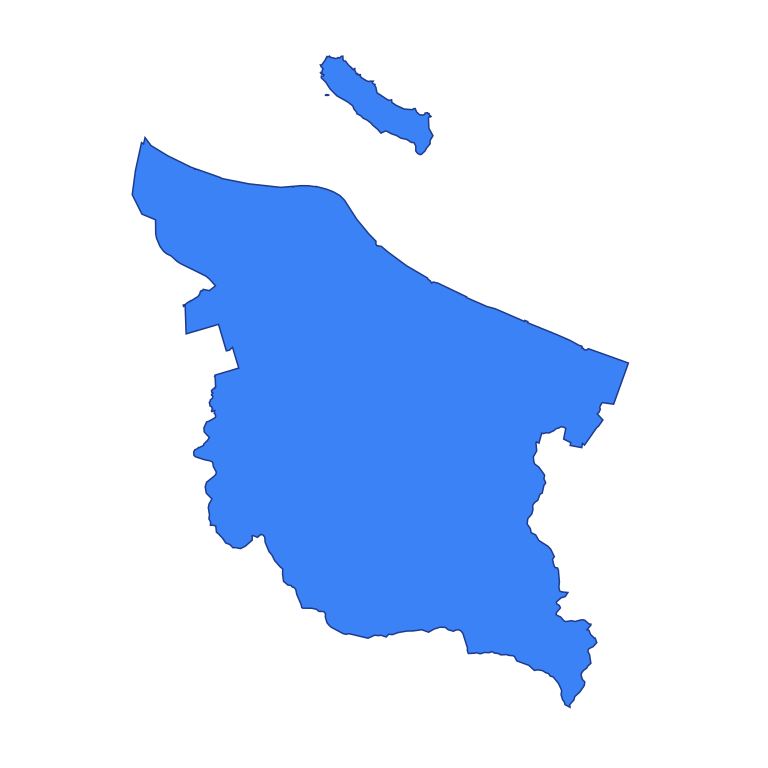 the district of Kapiti Coast District, Wellington, New Zealand, rotated 88°
{"feature_id": "76426892B40296921759207", "entity_name": "Kapiti Coast District", "entity_type": "district", "adm_level": 2, "iso_a3": "NZL", "parent_name": "New Zealand", "parent_adm1": "Wellington", "projection": "mercator", "projection_center": [175.125, -40.857], "detail": "fine", "context": "isolated", "style": "filled", "palette": "blue", "viewbox_px": 768, "rotation_deg": 88, "n_neighbors": 0, "source": "geoboundaries", "source_scale": "gbopen_adm2", "svg_char_len": 6107}
<svg xmlns="http://www.w3.org/2000/svg" viewBox="0 0 768 768"><g transform="rotate(88 384 384)"><path d="M713.6,209.4L710.9,209.6L706.5,205.3L703.0,204.2L698.6,199.0L692.4,194.4L688.8,193.7L686.1,196.1L681.7,197.2L679.7,196.6L677.3,194.7L675.1,191.4L672.8,190.0L670.4,187.0L661.7,188.0L658.7,189.4L656.9,189.3L655.6,188.3L653.8,184.2L649.9,180.4L645.3,181.8L645.0,183.0L641.3,186.4L637.2,187.8L636.7,189.7L632.1,185.6L631.2,185.6L631.0,187.4L627.1,191.6L626.6,193.0L626.7,195.7L628.0,201.4L627.1,204.9L627.8,210.8L626.9,212.5L623.0,215.6L621.2,219.2L620.2,220.0L618.4,219.6L613.9,215.5L611.4,216.5L609.7,219.2L607.9,219.3L604.0,214.7L602.7,210.2L598.8,207.5L598.0,213.2L597.4,215.1L596.7,215.7L593.0,216.3L588.0,215.6L576.2,216.2L574.2,216.8L573.7,217.4L573.5,219.3L571.3,220.5L565.2,221.7L562.5,219.8L555.0,223.1L551.9,225.8L545.7,234.8L540.1,237.7L537.7,242.1L533.6,242.8L528.9,245.8L523.5,245.0L519.2,240.9L514.7,239.5L511.2,239.7L509.7,239.2L507.5,237.3L505.6,234.4L499.5,231.9L498.6,229.7L490.8,227.7L489.2,226.2L488.1,225.9L484.3,227.5L481.1,226.7L480.1,227.0L472.4,232.2L469.3,236.1L467.2,236.9L462.1,237.3L456.1,233.7L448.1,234.2L447.2,233.7L448.5,231.2L438.6,228.1L439.1,226.6L438.4,223.5L438.7,220.8L436.5,215.8L434.7,213.6L434.0,210.6L432.9,209.0L433.4,205.8L434.8,203.9L445.3,206.4L449.1,199.4L451.9,200.1L454.5,188.6L450.3,187.7L452.1,185.8L435.0,172.9L433.8,171.2L427.6,166.5L421.2,172.0L420.0,170.2L416.7,168.7L415.3,169.2L414.0,168.9L410.7,167.0L410.3,165.9L412.2,155.2L371.6,139.0L356.4,177.1L355.9,178.8L357.1,180.1L356.7,182.6L355.3,183.7L355.0,184.9L353.9,184.6L353.0,185.1L352.1,187.9L347.0,196.4L340.9,209.1L328.1,237.7L327.8,238.3L326.8,238.0L326.1,239.3L325.4,241.1L326.4,241.4L312.6,270.4L310.2,278.3L300.5,298.6L299.8,298.4L285.0,326.7L283.8,331.3L284.8,332.8L282.5,334.2L280.8,336.5L279.7,336.7L266.7,357.2L252.1,375.6L246.4,381.8L245.5,386.4L243.4,387.3L241.1,387.0L233.5,393.9L218.4,405.5L199.0,417.0L194.2,421.4L190.4,427.5L187.3,434.6L184.2,445.0L184.5,445.1L183.2,452.9L182.9,460.7L183.3,467.7L183.8,467.7L183.8,468.6L183.3,468.6L183.9,480.2L179.2,512.4L172.9,539.2L172.2,539.8L162.9,563.4L162.8,565.2L162.4,564.9L160.4,569.7L148.4,592.1L137.6,608.5L129.4,614.2L135.7,615.9L134.3,617.9L162.2,625.0L186.0,629.0L205.8,620.0L211.9,606.6L225.9,606.9L230.5,606.2L238.8,603.0L243.8,599.5L246.1,596.9L248.8,592.0L254.0,586.8L256.6,583.1L270.0,558.2L273.0,554.8L280.0,549.0L284.6,555.4L283.1,561.4L284.6,562.3L284.4,563.4L285.1,564.3L287.6,565.0L290.1,566.9L294.1,573.9L293.9,574.6L295.0,575.2L295.2,576.6L297.7,580.1L298.1,581.9L299.5,581.6L298.8,580.0L327.0,580.0L318.6,547.3L345.4,540.4L344.8,537.4L342.1,534.1L363.0,528.6L369.2,552.5L370.7,553.1L371.2,552.5L381.4,552.4L381.8,553.6L382.8,553.5L383.1,555.1L384.5,556.6L386.1,556.5L386.6,555.5L387.4,555.5L388.3,556.7L389.3,556.7L390.0,555.6L391.9,555.7L394.0,558.2L395.6,558.4L396.2,559.2L399.9,558.6L400.8,556.9L401.9,556.9L402.4,556.2L405.0,557.4L405.6,557.0L404.6,554.1L407.5,554.7L408.0,553.9L410.4,553.3L411.8,554.0L415.2,560.6L415.7,562.6L421.5,565.5L425.5,565.4L431.4,560.4L434.3,562.5L437.5,566.0L439.1,566.6L441.1,570.8L440.9,571.4L442.5,573.4L443.1,575.3L445.1,576.5L448.5,576.5L450.1,575.1L453.3,566.4L454.8,560.3L455.8,558.5L457.0,557.8L460.4,557.5L466.1,554.7L468.3,555.1L469.9,556.6L475.9,564.7L480.5,566.3L486.9,565.4L492.9,560.0L497.7,563.0L501.4,563.9L508.7,563.0L512.6,563.7L515.9,562.1L519.2,562.4L519.0,560.2L520.1,557.1L526.4,556.6L527.7,554.9L532.5,550.7L537.4,547.7L539.0,543.7L542.4,540.6L542.3,538.1L543.5,533.2L541.3,528.3L535.4,521.1L531.0,521.1L530.9,520.2L532.8,515.8L530.0,512.3L530.9,509.9L533.0,508.5L538.0,508.3L547.6,504.7L550.8,502.1L556.9,499.3L563.4,493.9L565.2,491.7L570.4,492.0L577.7,491.3L581.5,487.2L582.3,483.6L583.6,482.9L584.3,480.9L586.2,479.4L591.3,478.5L601.6,474.5L604.5,474.0L605.2,473.1L605.6,463.9L606.9,459.2L609.0,457.0L609.2,452.9L609.9,451.6L611.6,450.5L614.8,450.8L620.6,449.3L623.6,447.0L625.4,445.0L631.9,433.8L632.9,430.6L632.4,429.1L632.5,427.0L637.5,408.9L634.7,402.0L635.3,398.4L635.0,395.6L636.9,390.7L634.2,387.9L634.8,384.5L632.9,378.5L631.7,369.6L631.8,363.6L630.9,354.8L633.6,348.1L630.7,342.7L629.0,336.5L629.4,331.2L631.8,328.5L633.5,323.2L632.3,320.5L632.3,318.0L633.3,315.9L635.9,313.9L650.7,309.8L653.1,310.1L656.3,309.1L656.2,302.6L655.7,300.9L656.7,298.5L656.9,296.6L655.8,293.3L656.2,288.1L655.2,285.5L656.8,282.9L657.3,279.4L658.8,276.6L658.7,271.0L659.5,269.0L660.1,264.3L661.1,263.0L665.4,260.9L670.2,249.1L675.5,243.7L675.0,240.1L676.1,235.3L678.1,232.6L679.2,229.6L681.7,228.1L682.4,225.8L683.3,224.6L689.5,220.0L695.2,217.6L697.3,217.2L700.6,217.9L705.8,216.5L708.0,214.9L710.7,214.3L713.6,209.4ZM142.3,329.5L137.6,326.4L130.0,330.2L119.8,330.3L118.4,329.4L118.7,328.2L118.3,327.6L116.6,329.4L115.4,329.5L115.4,330.4L114.4,330.9L114.4,331.7L114.7,333.5L115.5,333.5L116.6,335.0L116.2,339.1L113.1,342.0L109.8,343.2L109.8,344.8L110.6,345.4L110.8,346.3L109.9,354.2L106.0,362.0L103.0,366.2L100.2,366.5L100.7,368.6L100.2,370.3L92.6,380.9L87.4,381.7L85.3,382.8L84.3,382.5L83.8,384.2L82.3,385.2L81.0,384.2L80.8,387.4L81.2,388.2L80.6,390.5L77.1,395.8L75.4,397.0L74.0,396.8L73.8,397.2L74.4,398.5L74.0,399.3L72.9,399.6L73.3,400.6L69.0,402.4L67.7,402.1L67.7,402.8L68.8,403.3L68.3,404.7L67.1,405.0L64.0,408.4L59.9,411.2L59.7,412.9L58.5,413.6L54.9,413.7L55.0,415.2L56.7,417.0L56.1,418.6L56.8,419.4L57.1,421.7L56.5,422.3L56.1,425.0L55.3,425.9L55.4,426.7L54.4,427.1L55.3,429.0L54.7,429.6L58.8,431.9L63.0,435.2L62.9,436.4L64.7,435.8L66.9,433.7L67.7,434.6L70.5,435.2L70.4,436.0L71.1,435.8L71.1,436.3L72.3,435.3L72.3,434.0L72.9,433.2L74.1,433.8L74.1,435.9L75.8,436.0L80.3,431.7L87.2,427.6L94.4,421.0L100.9,410.4L105.0,405.5L108.3,404.4L110.8,402.3L113.1,401.5L115.0,397.9L117.7,395.5L119.2,392.4L122.6,388.1L125.1,386.1L129.2,381.5L133.2,378.3L131.3,374.0L131.3,372.7L134.2,367.9L136.0,363.0L138.9,358.6L140.3,352.8L143.5,348.3L143.9,345.5L147.4,343.9L152.2,344.1L154.6,342.5L156.0,339.9L155.8,338.6L152.5,334.8L149.7,333.2L145.5,329.5L142.3,329.5ZM93.5,433.0L93.6,429.6L93.3,428.6L92.7,431.4L93.5,433.0Z" fill="#3b82f6" stroke="#1e3a8a" stroke-width="1.5"/></g></svg>